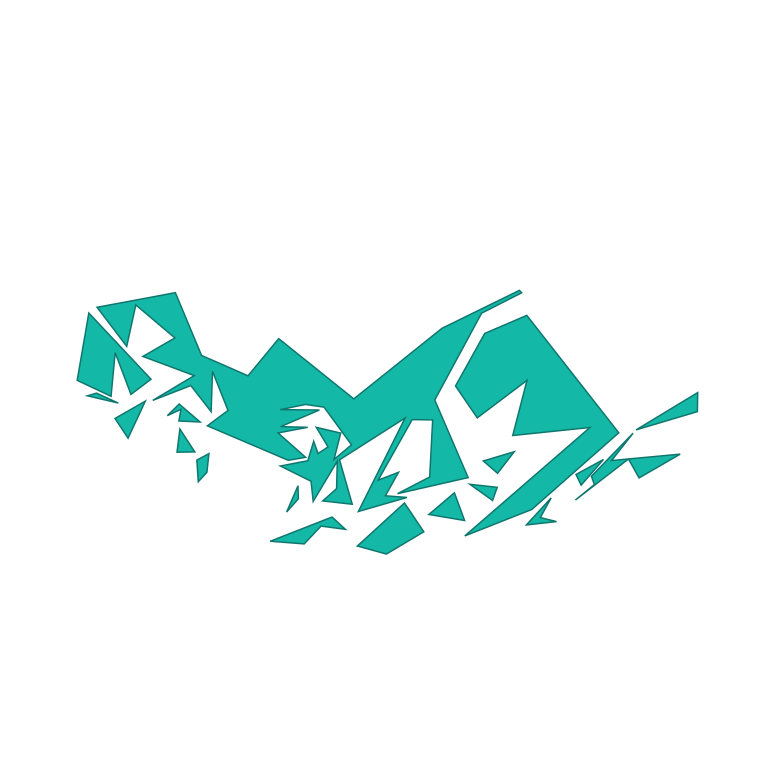 an SVG outline of Magallanes y Antártica Chilena, rotated 320°
{"feature_id": "CHL-2692", "entity_name": "Magallanes y Antártica Chilena", "entity_type": "Region", "adm_level": 1, "iso_a3": "CHL", "parent_name": "Chile", "parent_adm1": "", "projection": "equal_earth", "projection_center": [-72.604, -52.278], "detail": "medium", "context": "isolated", "style": "filled", "palette": "teal", "viewbox_px": 768, "rotation_deg": 320, "n_neighbors": 0, "source": "natural_earth", "source_scale": "10m", "svg_char_len": 1976}
<svg xmlns="http://www.w3.org/2000/svg" viewBox="0 0 768 768"><g transform="rotate(320 384 384)"><path d="M282.9,179.9L262.6,244.9L285.1,290.3L332.5,281.6L351.3,376.0L464.3,378.6L547.9,399.3L548.1,402.6L504.3,392.5L412.6,428.9L388.3,509.8L323.8,476.7L359.2,484.6L398.2,442.8L382.7,429.4L317.7,453.9L338.4,461.0L313.2,470.5L328.7,485.7L282.4,465.2L378.3,423.6L301.2,413.5L282.4,455.7L261.9,434.2L280.4,433.7L298.6,413.1L254.3,428.4L265.6,411.6L251.9,380.2L276.3,393.8L293.3,382.7L288.8,394.9L300.7,396.2L304.3,373.7L319.3,393.8L297.2,409.7L320.0,409.7L323.2,363.2L310.7,349.2L288.0,336.9L317.8,362.4L277.4,350.2L297.7,368.1L271.4,353.4L276.8,389.8L261.6,380.9L221.8,302.5L247.5,304.0L260.8,264.0L233.8,294.1L235.0,261.0L196.3,247.9L244.0,255.6L217.0,207.9L253.4,214.3L244.7,163.9L211.1,189.8L213.5,140.8L282.9,179.9ZM532.5,572.3L416.5,575.1L348.2,552.3L513.8,549.7L449.5,506.2L495.9,473.1L433.7,469.9L437.5,431.5L493.7,410.0L537.5,423.2L532.5,572.3ZM167.0,218.0L151.3,184.0L203.5,139.9L208.6,230.6L183.5,229.3L198.2,187.2L167.0,218.0ZM565.8,628.1L519.0,619.9L523.1,598.6L456.0,595.9L480.5,596.3L483.6,588.0L543.2,581.8L509.1,588.9L565.8,628.1ZM319.5,522.8L276.5,515.8L259.4,491.0L323.2,488.3L319.5,522.8ZM606.3,606.6L547.7,581.2L618.8,592.2L606.3,606.6ZM410.6,506.8L440.2,519.6L413.6,525.4L410.6,506.8ZM258.7,452.5L261.0,470.5L244.4,452.4L220.1,455.2L195.7,431.3L258.7,452.5ZM392.3,543.0L385.3,516.0L404.3,535.9L392.3,543.0ZM358.0,540.4L334.5,512.8L368.0,512.6L358.0,540.4ZM190.2,243.7L153.1,261.0L155.8,237.5L190.2,243.7ZM198.7,287.3L195.4,314.4L181.6,303.2L198.7,287.3ZM252.7,406.7L244.6,416.9L227.1,419.5L252.7,406.7ZM417.9,586.8L427.7,600.3L402.5,583.5L438.8,578.7L417.9,586.8ZM218.7,294.9L203.1,280.5L212.2,272.9L197.7,269.0L214.2,267.7L218.7,294.9ZM470.0,588.2L472.9,576.7L503.6,582.9L470.0,588.2ZM168.2,227.8L149.2,202.4L157.9,206.2L168.2,227.8ZM205.1,324.8L191.6,337.8L178.9,339.5L191.7,322.0L205.1,324.8Z" fill="#14b8a6" stroke="#0f766e" stroke-width="1.5"/></g></svg>